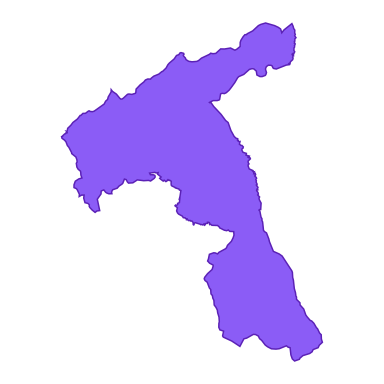 the district of Avrig, Sibiu, Romania
{"feature_id": "2599482B88876011644537", "entity_name": "Avrig", "entity_type": "district", "adm_level": 2, "iso_a3": "ROU", "parent_name": "Romania", "parent_adm1": "Sibiu", "projection": "natural_earth1", "projection_center": [24.412, 45.689], "detail": "fine", "context": "isolated", "style": "filled", "palette": "violet", "viewbox_px": 384, "rotation_deg": 0, "n_neighbors": 0, "source": "geoboundaries", "source_scale": "gbopen_adm2", "svg_char_len": 5931}
<svg xmlns="http://www.w3.org/2000/svg" viewBox="0 0 384 384"><path d="M322.4,342.3L321.4,339.1L321.2,334.7L319.6,333.1L317.5,328.7L316.4,327.6L313.9,323.3L311.7,321.0L310.2,320.4L307.1,316.8L305.8,315.0L303.7,309.0L300.1,305.0L299.9,302.7L296.5,299.3L296.5,297.0L295.9,296.0L295.5,292.8L294.3,288.5L293.4,280.2L292.7,277.5L292.4,272.4L291.8,270.8L282.1,256.0L279.1,253.9L273.4,251.4L269.5,241.8L268.8,238.9L266.5,232.9L264.5,231.6L263.5,230.3L262.6,221.9L261.9,220.3L262.0,218.9L261.0,217.0L259.9,211.3L259.0,210.1L259.6,209.5L260.7,209.5L261.1,203.1L259.4,199.9L259.0,198.1L259.6,197.0L257.7,194.9L258.4,194.1L258.0,192.5L256.6,190.6L257.0,190.0L257.7,189.8L256.9,189.2L258.0,187.8L257.9,187.2L256.7,185.7L256.9,185.2L256.4,184.9L257.1,184.1L256.1,182.0L256.4,180.8L255.8,179.4L256.6,178.3L256.2,177.3L255.1,176.6L255.2,176.1L254.8,175.8L255.6,174.8L255.2,174.5L255.3,173.8L254.9,173.8L255.2,173.6L255.1,173.1L253.7,173.1L253.6,172.5L254.0,171.9L253.5,172.0L252.7,171.1L253.2,171.0L253.0,170.6L249.2,168.9L248.1,165.9L248.3,164.3L249.0,163.9L248.2,162.6L248.1,161.1L250.4,158.8L250.0,157.8L248.4,157.6L248.0,157.2L249.0,156.9L249.4,156.1L246.0,155.1L246.4,153.4L243.0,152.3L241.9,150.2L241.9,149.5L242.2,148.7L243.0,148.2L243.3,146.9L241.9,145.4L241.0,145.4L239.4,144.2L240.0,141.6L239.3,141.8L238.2,141.2L238.4,140.4L237.5,140.2L237.7,138.7L236.2,138.3L234.2,136.5L230.9,130.5L228.1,122.5L225.6,120.5L221.1,114.4L213.7,106.5L210.8,102.3L210.0,102.8L209.5,102.4L213.1,100.6L217.1,100.6L219.1,100.0L219.6,99.5L220.6,93.9L222.1,93.3L224.4,93.6L226.3,92.7L229.2,90.1L231.0,87.8L234.8,82.6L237.6,77.8L238.8,76.6L243.8,74.4L249.4,69.4L252.0,68.7L253.8,68.9L256.3,71.1L256.9,75.0L260.0,76.6L262.1,76.6L265.3,75.4L265.9,74.5L266.5,72.6L265.6,69.7L265.6,68.4L266.4,66.6L268.3,65.2L271.0,65.3L272.2,66.0L272.9,67.8L273.7,68.5L276.3,69.0L286.2,65.1L289.6,64.6L290.0,63.8L289.1,63.4L290.1,62.8L290.6,61.6L292.6,59.8L293.0,58.7L293.0,57.8L292.6,57.4L293.0,56.4L292.7,55.5L293.0,55.5L292.4,54.9L293.2,54.7L292.8,54.2L293.4,54.2L293.1,53.4L294.3,53.0L294.7,51.6L293.9,50.5L294.0,47.9L294.6,47.0L294.5,45.4L295.0,44.8L295.1,43.7L294.4,43.3L294.6,42.3L294.4,41.4L294.8,41.2L294.9,38.8L296.0,37.7L294.7,35.8L295.3,34.3L294.7,33.2L294.8,30.1L293.7,28.5L293.1,26.2L291.9,23.6L283.9,30.0L281.8,32.8L280.6,29.0L278.4,27.4L274.6,25.6L265.6,23.0L260.8,24.4L258.4,25.6L252.7,30.9L247.1,33.8L246.6,34.6L244.9,34.7L243.2,36.6L240.9,40.3L240.2,42.4L240.1,46.5L236.8,49.2L234.9,50.2L230.5,48.0L224.4,49.0L220.7,48.9L215.8,53.4L212.9,53.7L210.7,53.2L209.5,54.3L201.5,58.1L198.5,60.6L196.8,61.4L192.0,61.8L188.7,61.3L186.0,59.6L185.4,58.0L183.6,56.1L183.3,55.2L184.0,54.2L183.6,53.3L181.0,52.6L179.9,53.0L178.9,54.6L176.5,55.5L174.2,58.9L169.3,63.1L167.9,64.7L166.1,68.0L162.5,71.5L161.8,71.6L158.8,74.1L153.7,76.2L151.1,78.3L150.6,79.1L147.7,79.0L145.4,80.0L143.8,82.0L140.3,84.7L136.1,89.1L135.8,92.6L135.4,93.3L131.9,94.4L128.9,94.0L127.5,94.3L123.4,98.1L122.1,99.0L120.9,99.1L119.9,98.4L116.4,94.1L112.5,91.4L111.2,89.7L111.1,92.0L108.2,97.0L107.6,99.4L105.6,101.2L104.2,104.0L94.1,111.2L92.3,111.7L90.0,111.4L89.4,110.9L88.5,111.0L85.5,113.3L82.9,113.4L80.9,115.4L80.2,115.4L77.4,119.0L72.9,122.5L70.9,125.2L67.7,128.3L67.2,130.8L66.8,131.4L66.4,131.3L67.2,132.3L67.0,132.9L66.0,132.8L65.6,133.7L64.7,133.9L62.6,135.9L62.6,136.3L61.6,136.6L62.0,138.3L64.6,140.2L66.0,141.9L67.4,145.6L68.8,147.2L71.6,152.6L71.7,153.6L75.9,157.0L76.9,159.8L77.1,162.0L76.3,163.3L76.9,167.1L78.2,169.3L80.4,171.1L80.7,172.1L80.9,175.0L81.9,178.0L78.8,178.9L75.3,181.2L74.0,184.8L74.0,187.6L76.3,188.6L77.2,189.7L79.4,194.3L79.2,196.5L81.6,195.1L84.1,195.1L83.7,198.1L85.0,202.7L87.9,203.4L89.3,204.7L89.2,206.3L89.8,207.5L92.1,210.0L95.1,212.4L96.9,211.0L99.7,210.6L97.3,199.2L101.0,194.0L101.2,191.0L103.8,189.9L105.6,192.2L106.7,193.0L108.8,193.8L111.9,193.7L111.6,192.4L112.1,190.6L112.8,189.7L117.2,188.2L119.0,186.1L121.9,184.2L122.8,183.3L124.4,179.1L126.2,179.6L127.3,181.8L128.5,183.1L132.9,182.8L137.3,179.9L143.8,180.7L148.5,180.4L150.6,181.0L154.2,178.4L155.1,177.1L155.1,176.4L154.9,175.4L153.6,174.8L150.4,174.7L149.6,173.1L154.9,172.4L156.2,173.0L158.1,172.6L157.6,174.2L161.1,177.0L159.7,178.3L160.6,179.2L163.2,181.1L164.1,180.2L165.9,181.6L168.0,180.2L167.7,179.9L168.0,179.6L169.2,180.5L169.7,180.2L171.2,181.3L171.1,184.0L171.3,185.3L171.8,185.9L175.7,187.8L175.6,188.0L178.9,189.0L179.4,190.0L180.9,190.5L180.0,196.4L179.4,198.7L179.8,198.5L179.4,202.6L177.6,203.4L177.7,204.5L176.1,205.5L175.5,205.1L175.0,205.8L177.4,207.7L176.6,210.9L177.5,212.9L178.6,214.1L182.3,216.1L183.3,217.7L185.1,217.8L185.5,218.6L187.0,218.8L186.7,219.7L187.5,219.7L188.9,220.7L190.0,220.4L190.8,221.1L191.9,221.0L193.1,222.5L193.2,224.5L193.5,224.9L194.0,224.7L194.2,223.2L195.2,222.7L199.9,224.1L200.7,224.7L201.7,224.5L202.9,225.0L203.9,224.0L204.6,225.2L205.2,224.7L205.4,223.6L207.3,223.4L207.4,222.3L208.6,222.3L209.4,222.6L209.2,223.5L209.8,224.6L210.5,224.1L211.9,225.3L217.6,225.5L219.3,227.0L219.7,227.9L224.3,230.2L226.7,230.7L228.3,230.0L229.8,231.4L233.7,231.6L234.0,235.1L233.1,237.8L231.4,241.3L227.5,245.3L226.5,247.7L225.6,248.7L218.8,252.4L217.6,253.9L215.1,252.9L213.6,252.8L209.4,254.3L208.4,259.0L207.6,261.0L209.6,263.2L213.0,265.0L213.2,265.9L212.1,269.5L207.6,273.6L204.7,277.3L204.2,278.8L205.0,280.5L207.2,282.2L209.4,288.0L210.7,289.5L211.0,293.9L212.4,295.6L212.8,298.1L213.9,300.4L214.2,305.0L216.0,307.4L217.3,310.0L217.7,312.9L219.0,317.1L219.3,321.8L218.9,323.3L218.8,327.3L219.9,329.9L223.6,331.1L222.6,335.9L223.3,337.1L231.7,341.0L239.9,346.4L243.9,338.8L246.7,338.1L253.3,334.4L255.5,334.5L258.3,336.0L259.6,338.7L261.7,340.4L265.2,345.0L267.6,346.8L271.4,348.8L276.0,349.1L279.3,348.7L286.4,345.8L288.1,347.2L290.1,347.7L290.9,354.9L292.3,358.9L294.6,361.0L299.4,359.3L299.9,358.2L302.9,355.6L309.7,353.5L312.2,351.7L312.7,350.2L313.8,349.3L318.1,347.7L319.3,345.2L322.4,342.3Z" fill="#8b5cf6" stroke="#5b21b6" stroke-width="1.5"/></svg>